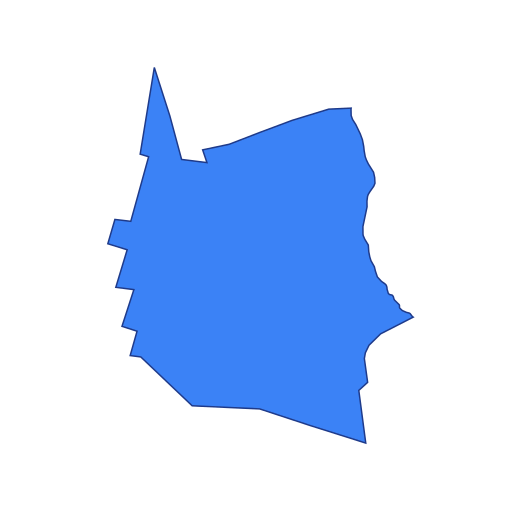 Chittenden, Vermont, United States of America (Mercator projection), rotated 170°
{"feature_id": "52423323B83826367261250", "entity_name": "Chittenden", "entity_type": "district", "adm_level": 2, "iso_a3": "USA", "parent_name": "United States of America", "parent_adm1": "Vermont", "projection": "mercator", "projection_center": [-73.209, 44.442], "detail": "fine", "context": "isolated", "style": "filled", "palette": "blue", "viewbox_px": 512, "rotation_deg": 170, "n_neighbors": 0, "source": "geoboundaries", "source_scale": "gbopen_adm2", "svg_char_len": 1261}
<svg xmlns="http://www.w3.org/2000/svg" viewBox="0 0 512 512"><g transform="rotate(170 256 256)"><path d="M136.6,385.1L158.9,388.0L196.9,383.3L229.9,377.2L263.0,370.7L290.1,369.8L288.1,356.5L312.5,364.0L316.5,408.8L323.4,459.3L352.4,376.4L344.5,372.4L361.1,337.5L373.3,311.9L388.6,316.5L399.8,293.8L381.8,284.5L399.5,249.5L382.1,244.1L400.2,210.0L386.2,202.6L397.2,179.8L387.0,176.6L344.9,119.6L337.9,118.0L279.0,104.8L232.4,79.8L180.4,52.7L178.1,105.8L168.0,112.2L167.1,136.2L165.1,141.7L160.2,148.5L146.8,157.7L111.8,168.5L112.5,169.2L114.2,172.5L115.0,173.2L117.7,174.4L121.4,176.9L123.5,179.7L123.6,180.6L123.3,182.3L123.4,183.1L127.2,188.5L127.6,189.7L127.8,192.0L128.3,193.3L128.8,193.9L131.2,194.9L132.2,196.2L132.6,199.8L132.7,200.1L132.5,202.6L132.8,204.6L133.6,205.9L136.9,209.3L140.1,214.3L141.0,220.2L141.3,224.9L143.6,231.4L144.1,235.3L144.2,240.6L143.5,247.3L146.0,253.7L146.9,257.6L146.8,259.3L146.7,259.8L145.6,266.4L138.1,285.1L137.2,290.8L135.8,295.3L134.8,297.1L132.7,299.5L127.9,304.3L126.2,307.0L125.5,312.7L125.7,318.1L129.4,327.2L129.6,327.9L130.6,331.4L131.2,334.8L131.2,340.9L130.9,345.3L131.0,352.0L132.1,358.1L134.9,368.1L137.2,373.7L137.9,377.8L136.9,384.3L136.6,385.1Z" fill="#3b82f6" stroke="#1e3a8a" stroke-width="1.5"/></g></svg>